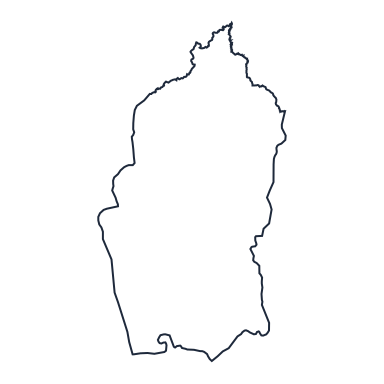 Paoua, Ouham-Pendé, Central African Republic
{"feature_id": "33826404B93316862366408", "entity_name": "Paoua", "entity_type": "district", "adm_level": 2, "iso_a3": "CAF", "parent_name": "Central African Republic", "parent_adm1": "Ouham-Pendé", "projection": "robinson", "projection_center": [16.583, 7.218], "detail": "fine", "context": "isolated", "style": "outline", "palette": "slate", "viewbox_px": 384, "rotation_deg": 0, "n_neighbors": 0, "source": "geoboundaries", "source_scale": "gbopen_adm2", "svg_char_len": 5745}
<svg xmlns="http://www.w3.org/2000/svg" viewBox="0 0 384 384"><path d="M118.0,206.3L106.9,208.7L103.6,209.9L100.0,213.2L98.3,216.9L98.3,220.4L99.3,224.5L101.4,227.4L102.9,231.7L102.9,239.1L111.5,259.4L114.6,292.6L118.0,302.2L127.4,331.9L129.2,342.1L132.6,354.3L134.0,354.3L140.5,353.3L147.5,353.0L154.4,353.8L164.4,352.0L166.0,350.7L166.5,345.3L166.1,343.7L165.4,342.4L163.3,342.6L161.4,343.5L159.6,343.1L158.5,341.6L157.9,339.9L159.2,337.2L160.5,335.2L163.6,334.4L165.3,334.3L169.6,335.4L173.8,346.6L174.4,347.2L175.1,347.5L176.9,346.1L180.2,345.6L181.0,346.3L182.0,348.0L185.5,348.8L187.3,349.5L194.0,349.8L200.0,351.1L202.4,351.2L204.2,351.9L207.1,354.1L208.0,356.2L209.7,359.0L211.8,361.0L217.6,356.3L222.8,351.4L228.7,348.2L237.5,336.4L241.1,334.1L242.4,332.2L244.5,330.6L246.0,330.3L248.2,331.2L249.8,332.4L253.9,334.3L255.9,334.0L257.0,332.0L258.7,331.4L259.3,331.9L260.1,333.6L261.4,335.4L263.1,335.6L266.2,334.4L267.6,332.8L269.0,330.5L269.1,322.8L261.9,304.9L262.4,301.7L261.9,299.8L261.5,294.0L262.4,287.5L261.8,283.5L261.8,281.3L262.1,277.6L260.8,274.9L259.4,273.3L259.3,265.8L256.6,263.0L254.3,261.8L253.2,260.3L253.4,258.3L253.9,255.9L250.4,249.0L251.5,247.1L252.2,246.7L255.2,246.3L256.5,244.7L256.3,243.4L255.3,240.5L255.2,237.2L256.0,236.2L262.1,235.9L263.6,228.7L269.1,223.5L271.6,209.5L270.0,203.9L267.0,197.6L269.8,190.4L273.5,182.1L273.6,164.3L273.9,158.9L274.5,156.8L275.3,155.1L276.0,154.3L276.6,152.8L276.8,151.1L276.6,150.3L276.4,147.9L277.3,145.8L278.5,144.8L281.4,143.6L285.3,140.0L285.7,135.6L281.9,128.1L281.8,124.6L285.0,111.3L284.6,111.4L284.2,111.0L283.3,111.5L282.6,111.2L282.4,111.2L281.1,111.7L280.9,111.7L280.7,111.3L280.2,111.7L280.1,111.2L279.8,110.8L279.9,110.3L279.4,108.5L279.1,108.4L279.2,108.1L279.0,107.4L278.4,106.3L276.9,105.6L276.4,104.8L276.0,104.4L275.7,103.1L276.2,102.0L276.4,99.7L276.2,99.0L275.7,97.8L275.0,97.3L274.4,96.5L273.9,96.1L273.2,94.9L273.2,94.4L272.8,93.5L271.4,92.5L270.7,92.3L269.9,91.2L269.1,90.5L266.6,89.5L266.0,88.8L265.6,87.2L265.3,87.0L263.6,86.3L262.5,85.5L261.8,86.2L261.4,86.1L261.0,86.5L260.0,86.4L259.8,86.6L259.7,86.4L259.3,86.4L259.1,86.2L258.6,85.3L257.7,85.0L256.3,85.4L252.5,85.5L252.5,83.9L252.1,83.1L252.0,82.1L250.4,80.5L250.3,79.3L249.7,78.2L249.3,77.8L247.1,77.3L246.9,77.0L246.9,73.7L246.6,73.3L246.4,72.4L246.5,71.1L246.4,70.8L246.7,69.4L246.5,68.5L246.7,67.6L246.2,66.8L246.2,66.1L246.4,65.1L246.1,64.6L246.3,64.0L246.6,64.0L247.3,62.6L247.4,61.8L247.5,61.8L247.7,61.6L247.9,61.8L248.0,61.5L247.6,60.9L247.8,60.7L247.7,60.6L247.6,60.1L247.4,59.6L246.9,59.3L247.0,58.7L246.5,58.7L245.6,57.9L245.4,58.0L244.9,57.6L244.7,57.3L244.2,57.2L243.7,56.5L243.5,56.2L243.3,56.1L243.4,55.7L242.9,55.9L242.8,55.5L242.2,55.3L242.0,54.9L241.6,55.2L241.2,54.9L240.6,55.0L239.5,54.3L239.0,54.4L238.7,54.1L238.7,53.8L237.8,53.6L237.8,53.4L237.6,53.5L237.6,53.3L237.3,53.9L236.9,53.8L236.7,54.1L235.2,54.7L234.8,54.4L234.7,54.1L233.7,53.5L233.4,53.1L233.2,53.0L232.3,52.1L231.6,51.8L231.5,51.5L231.4,51.5L231.6,50.9L232.0,50.8L231.8,49.8L232.0,49.7L231.8,49.3L231.5,49.3L231.6,49.1L231.2,48.3L231.4,48.0L231.2,47.8L231.3,47.3L231.1,47.3L231.2,47.0L230.8,46.4L231.1,45.9L230.9,45.4L231.3,45.2L231.1,44.9L231.2,44.7L230.8,44.9L230.6,44.5L231.2,43.8L231.9,44.0L231.7,42.8L231.8,42.6L231.2,42.4L230.8,42.5L230.4,41.3L230.4,40.7L230.5,40.6L229.9,40.7L229.7,40.3L229.9,40.3L229.8,39.8L230.0,39.7L229.6,38.8L229.8,38.6L229.8,38.2L230.2,38.0L230.1,37.6L230.7,36.8L230.6,36.4L229.6,35.2L229.4,34.4L229.0,34.2L229.5,33.6L229.4,33.3L229.1,33.2L229.3,32.7L228.9,32.3L229.4,31.5L229.0,31.2L228.9,30.7L229.0,30.3L229.3,30.3L229.5,29.9L230.0,30.0L230.3,29.6L230.0,28.8L230.2,28.5L230.6,28.5L230.8,27.7L231.2,27.8L231.6,27.5L231.5,26.9L231.0,26.6L230.8,26.3L231.0,26.0L231.1,25.3L231.6,24.9L231.9,24.3L231.9,23.4L231.7,23.0L231.5,23.5L230.1,24.1L229.3,25.8L228.8,26.2L228.6,26.2L227.9,25.7L227.2,25.5L226.9,25.6L225.2,27.1L223.8,26.9L223.5,26.5L223.2,26.5L222.6,27.8L223.4,28.4L223.8,29.0L223.6,29.6L223.0,30.2L221.6,29.9L219.7,29.9L219.3,30.2L218.9,31.4L218.0,31.4L217.8,32.3L217.2,32.8L215.1,32.7L214.2,32.3L213.7,32.4L213.1,32.8L212.7,33.4L212.9,34.3L213.4,35.2L213.4,36.5L212.2,38.0L212.3,38.5L212.3,39.4L211.9,40.1L211.2,40.3L210.2,41.0L209.7,41.2L208.9,41.9L208.5,42.9L208.9,45.1L208.8,45.9L207.9,46.1L207.6,47.0L207.0,47.4L206.5,47.6L205.7,46.9L205.2,47.1L204.4,47.8L203.7,48.1L202.9,48.1L202.2,48.4L201.0,48.3L200.3,48.1L199.7,47.7L200.5,47.0L200.8,46.5L200.7,45.2L200.3,44.4L199.7,43.8L198.2,43.7L197.5,42.9L196.5,42.3L196.3,42.3L195.9,43.4L195.6,45.3L194.2,46.9L193.5,49.2L192.4,49.8L191.1,50.9L190.5,51.8L190.7,52.3L192.9,55.4L193.5,57.5L193.4,58.2L193.2,58.6L191.5,59.5L191.2,60.3L191.2,61.1L192.0,62.3L192.6,64.1L193.1,64.4L194.7,64.6L194.6,65.5L194.4,66.2L192.1,68.6L191.6,69.3L191.3,70.2L190.4,71.3L190.4,72.3L190.1,72.8L189.5,72.8L188.8,74.5L187.8,74.6L187.1,74.2L186.5,76.3L185.7,76.9L184.1,76.9L182.9,78.3L182.6,78.4L181.3,78.1L179.9,79.1L179.3,79.3L178.3,78.6L177.8,78.0L176.6,78.9L176.4,80.2L175.2,79.4L174.7,79.4L172.7,79.9L171.8,80.4L170.9,80.7L168.5,82.6L167.8,82.3L167.2,82.2L166.0,81.6L164.7,82.8L163.7,84.3L163.7,84.8L164.1,85.3L164.0,85.7L163.1,86.0L162.4,87.0L160.9,87.5L160.2,88.7L159.6,88.6L158.8,88.8L157.9,89.2L157.7,89.2L157.6,88.4L156.7,88.9L156.5,89.3L155.8,89.9L155.4,91.2L155.8,91.8L155.2,92.4L154.1,92.2L152.3,92.9L151.3,94.0L149.8,93.9L144.2,100.4L136.9,105.8L134.8,110.0L133.9,115.5L133.3,123.1L133.2,129.3L134.2,132.3L133.2,135.0L131.8,136.7L132.0,139.3L132.5,142.1L133.3,149.3L133.9,157.3L134.6,163.0L132.8,165.1L128.8,165.1L126.6,165.9L124.1,167.2L120.5,170.4L118.0,174.1L114.2,177.4L113.1,180.6L113.2,184.0L113.5,186.1L112.7,188.6L112.2,190.5L115.6,197.7L116.6,201.2L117.9,204.3L118.0,206.3Z" fill="none" stroke="#1e293b" stroke-width="2"/></svg>